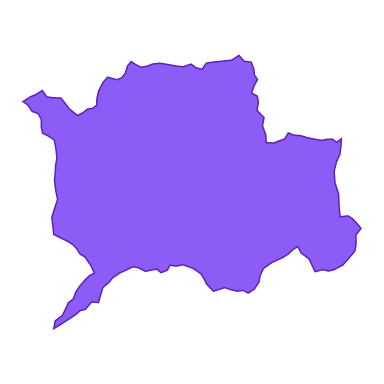 outline of Votorantim, São Paulo, Brazil
{"feature_id": "56859067B56260207434009", "entity_name": "Votorantim", "entity_type": "district", "adm_level": 2, "iso_a3": "BRA", "parent_name": "Brazil", "parent_adm1": "São Paulo", "projection": "equal_earth", "projection_center": [-47.411, -23.585], "detail": "fine", "context": "isolated", "style": "filled", "palette": "violet", "viewbox_px": 384, "rotation_deg": 0, "n_neighbors": 0, "source": "geoboundaries", "source_scale": "gbopen_adm2", "svg_char_len": 2085}
<svg xmlns="http://www.w3.org/2000/svg" viewBox="0 0 384 384"><path d="M341.3,138.8L336.6,142.3L332.5,139.2L327.5,139.2L322.1,140.3L317.4,139.7L309.0,138.1L300.0,135.5L293.9,135.2L288.3,132.9L284.6,139.0L278.3,141.1L274.1,143.0L266.2,142.7L265.7,134.6L262.5,126.0L264.0,117.6L256.9,110.3L258.4,102.3L257.2,96.0L251.6,93.1L254.0,86.0L257.5,79.5L254.5,75.2L253.8,69.1L251.3,62.2L244.0,61.2L239.0,55.4L231.6,60.2L223.7,61.0L212.5,62.2L206.4,63.1L202.0,69.3L195.9,67.7L191.1,64.1L183.0,66.8L176.0,66.0L169.5,64.8L159.7,63.2L152.4,64.1L147.8,66.0L141.0,67.3L135.4,64.4L131.2,61.5L127.6,65.8L125.4,73.0L121.8,77.8L116.9,79.7L107.6,77.2L103.0,82.4L98.7,90.9L97.0,98.3L96.5,105.5L92.4,108.4L87.5,109.1L83.4,112.4L77.5,115.5L69.5,109.1L64.3,102.3L60.9,98.0L54.4,97.8L46.9,97.0L42.3,90.5L35.9,94.5L30.1,97.0L23.0,101.6L27.9,105.1L32.1,111.4L38.2,113.6L41.3,119.5L41.3,127.0L42.6,133.2L48.1,135.9L54.2,139.8L55.9,148.5L56.9,158.3L55.6,165.4L55.2,173.6L54.5,180.4L55.9,191.6L57.6,199.3L54.7,208.1L51.8,217.6L53.0,227.4L53.8,234.5L61.2,238.2L66.9,240.9L72.9,244.6L76.6,248.6L80.0,254.0L85.1,257.1L91.2,266.1L94.4,273.2L89.7,275.5L85.6,279.4L79.5,286.4L75.5,292.7L73.4,298.9L68.5,302.6L65.4,309.3L62.3,315.6L55.2,320.8L53.8,328.6L61.8,323.7L69.6,318.6L75.6,314.7L80.0,310.7L85.4,309.3L91.6,302.0L98.5,302.5L100.2,296.4L102.8,287.6L108.4,282.9L113.0,277.5L120.3,272.7L126.9,269.7L132.7,266.8L137.8,267.5L145.3,271.3L151.9,270.0L156.8,269.1L161.0,272.7L167.2,270.3L170.1,265.2L176.0,266.1L183.3,264.8L193.2,268.4L201.0,273.9L203.9,278.5L206.6,284.1L213.4,291.2L224.6,287.6L231.7,289.9L237.2,291.2L243.2,290.4L248.2,293.1L254.2,289.2L258.9,282.3L260.1,275.6L263.5,268.4L271.9,262.5L282.4,257.7L288.3,254.0L292.2,250.2L297.8,246.5L300.9,252.7L309.3,259.3L312.3,265.8L315.2,271.7L322.8,269.6L328.4,271.0L334.1,269.7L342.7,265.1L346.8,260.6L351.0,255.7L354.8,251.1L356.0,245.0L356.0,234.9L361.0,228.4L356.1,222.5L352.4,218.6L348.0,215.9L340.2,216.8L339.1,207.4L338.6,194.1L334.9,182.4L334.2,171.0L336.5,161.9L339.9,154.1L341.0,145.9L341.3,138.8Z" fill="#8b5cf6" stroke="#5b21b6" stroke-width="1.5"/></svg>